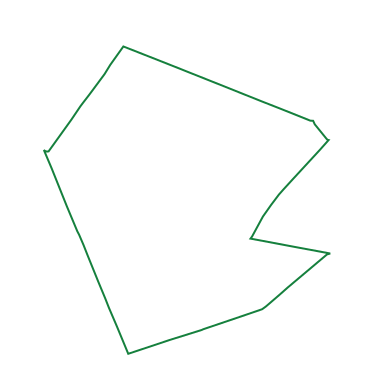 Quan 10, Hồ Chí Minh city, Vietnam, rotated 353°
{"feature_id": "81297802B93335721036450", "entity_name": "Quan 10", "entity_type": "district", "adm_level": 2, "iso_a3": "VNM", "parent_name": "Vietnam", "parent_adm1": "Hồ Chí Minh city", "projection": "orthographic", "projection_center": [106.669, 10.773], "detail": "fine", "context": "isolated", "style": "outline", "palette": "green", "viewbox_px": 384, "rotation_deg": 353, "n_neighbors": 0, "source": "geoboundaries", "source_scale": "gbopen_adm2", "svg_char_len": 822}
<svg xmlns="http://www.w3.org/2000/svg" viewBox="0 0 384 384"><g transform="rotate(353 192 192)"><path d="M321.7,269.9L289.7,259.8L244.4,245.4L246.2,243.5L259.4,225.0L268.9,214.5L277.9,205.2L283.2,200.5L293.6,191.6L323.9,165.9L333.9,157.1L332.9,156.7L332.0,155.6L322.1,139.8L320.9,136.1L318.1,135.6L289.0,119.6L272.7,110.8L220.6,82.2L201.4,71.7L195.8,68.6L161.0,49.7L141.6,39.2L126.4,55.8L119.6,64.3L102.1,82.7L94.5,90.4L91.7,93.3L81.0,105.6L54.6,134.2L53.0,134.2L52.2,133.9L51.5,133.6L50.8,133.1L50.1,132.3L55.6,151.5L66.0,190.8L73.4,217.1L74.7,220.5L77.9,231.5L80.7,242.3L88.1,269.8L92.9,287.0L95.4,296.7L101.2,316.7L109.0,344.8L121.9,342.2L151.5,336.2L184.9,330.1L186.4,329.6L231.2,320.3L247.3,316.9L251.3,314.7L266.0,304.9L275.6,298.3L318.4,270.4L321.7,269.9Z" fill="none" stroke="#15803d" stroke-width="2"/></g></svg>